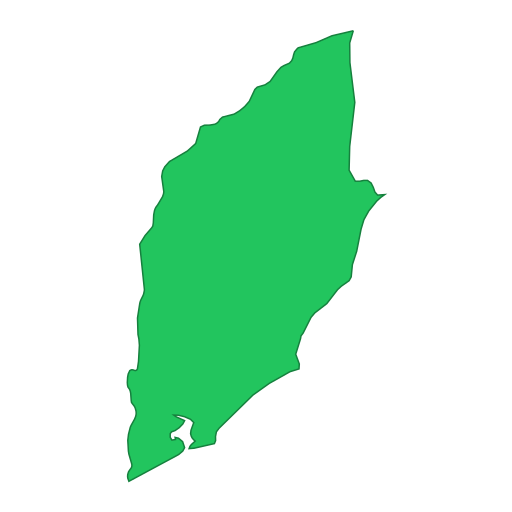 Rocha, Mercator projection
{"feature_id": "URY-22", "entity_name": "Rocha", "entity_type": "Department", "adm_level": 1, "iso_a3": "URY", "parent_name": "Uruguay", "parent_adm1": "", "projection": "mercator", "projection_center": [-54.149, -33.966], "detail": "fine", "context": "isolated", "style": "filled", "palette": "green", "viewbox_px": 512, "rotation_deg": 0, "n_neighbors": 0, "source": "natural_earth", "source_scale": "10m", "svg_char_len": 2271}
<svg xmlns="http://www.w3.org/2000/svg" viewBox="0 0 512 512"><path d="M353.3,30.7L349.7,42.9L349.9,62.5L354.8,102.4L349.7,146.4L349.1,170.2L355.3,181.2L359.9,181.2L363.8,180.4L367.5,180.4L371.1,183.0L373.3,187.4L374.9,192.0L377.6,195.1L384.7,194.6L380.9,197.3L376.8,201.0L368.8,210.9L363.9,219.7L361.1,229.0L356.7,251.2L352.4,264.6L351.2,276.9L349.1,280.7L341.3,286.2L337.6,289.6L326.8,303.6L314.9,312.8L311.0,317.4L303.1,333.1L301.0,335.9L300.5,338.8L295.7,354.2L299.3,364.0L299.0,368.9L290.0,371.7L269.4,383.3L253.0,395.0L219.1,428.2L216.4,431.8L215.5,436.5L215.6,440.6L214.4,443.6L194.2,448.2L189.1,448.6L190.0,446.3L191.4,444.5L195.2,441.1L193.6,439.7L192.2,438.0L191.2,436.0L190.6,433.7L191.0,430.3L193.3,423.8L193.8,422.6L190.5,419.3L184.5,416.7L178.2,415.2L173.8,415.1L176.3,416.9L184.6,420.6L182.8,424.0L179.2,427.7L175.0,430.6L171.6,431.8L170.2,433.6L170.2,437.3L171.9,440.1L175.5,439.5L175.1,437.4L178.5,438.2L182.6,441.6L184.6,447.6L182.8,451.0L178.7,454.5L128.9,481.3L128.8,481.0L127.8,478.2L127.6,476.7L127.7,474.6L128.5,471.9L129.5,470.3L131.2,468.0L131.7,466.9L131.9,465.6L131.8,464.2L128.9,454.1L128.4,451.1L127.8,440.3L128.5,434.3L130.3,427.2L131.1,425.4L134.5,419.3L135.6,416.6L136.0,415.0L136.2,413.1L136.0,410.9L135.1,407.7L134.1,405.9L132.3,403.6L131.5,402.4L131.2,400.4L130.7,393.3L130.2,390.9L129.5,389.2L128.0,387.1L127.5,385.1L127.3,382.5L127.6,377.2L128.2,374.0L129.8,370.6L131.3,369.8L132.8,369.8L134.1,370.3L135.3,370.6L136.3,370.3L136.8,369.9L137.4,369.0L138.5,361.5L139.4,345.3L138.9,339.1L138.0,334.5L137.5,318.0L139.8,303.2L140.2,301.7L140.7,300.3L143.2,295.2L143.7,293.7L144.3,290.8L144.4,289.5L139.7,244.2L145.1,235.5L151.8,227.7L152.8,226.1L153.3,223.0L153.7,214.9L154.5,210.6L155.3,208.4L156.2,206.8L157.6,205.0L162.5,196.8L163.5,193.9L163.8,191.7L161.7,176.5L162.7,170.9L164.8,166.8L169.5,161.5L187.4,151.0L195.7,143.5L200.5,127.0L204.4,125.2L209.7,125.1L215.0,124.2L216.5,123.4L217.8,122.4L218.9,121.2L219.8,119.5L222.5,117.1L234.2,114.1L239.6,110.8L244.8,106.5L249.3,101.3L254.9,89.4L257.3,87.1L264.9,84.9L270.1,81.5L277.0,71.7L281.0,67.3L284.1,65.5L289.4,63.2L291.7,60.7L292.9,57.9L293.6,54.8L294.6,51.8L297.0,48.9L298.2,47.8L315.9,42.7L332.1,35.7L353.2,30.8L353.3,30.7Z" fill="#22c55e" stroke="#15803d" stroke-width="1.5"/></svg>